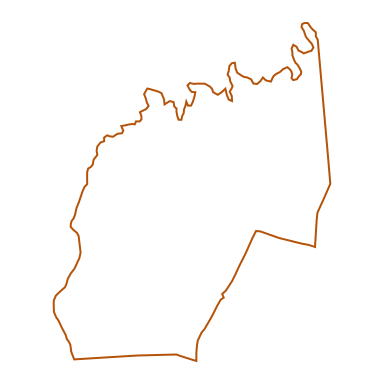 outline of Araguanã, Maranhão, Brazil
{"feature_id": "56859067B40620406351111", "entity_name": "Araguanã", "entity_type": "district", "adm_level": 2, "iso_a3": "BRA", "parent_name": "Brazil", "parent_adm1": "Maranhão", "projection": "robinson", "projection_center": [-45.784, -3.062], "detail": "fine", "context": "isolated", "style": "outline", "palette": "amber", "viewbox_px": 384, "rotation_deg": 0, "n_neighbors": 0, "source": "geoboundaries", "source_scale": "gbopen_adm2", "svg_char_len": 2548}
<svg xmlns="http://www.w3.org/2000/svg" viewBox="0 0 384 384"><path d="M317.7,39.6L315.9,36.6L315.8,32.2L313.3,30.1L311.0,27.7L307.8,23.0L304.2,23.1L302.0,24.2L301.5,27.1L303.8,30.7L305.9,36.8L308.2,39.7L311.8,43.9L313.4,47.5L311.4,50.8L308.7,51.6L303.7,53.4L301.5,51.9L298.5,50.6L296.6,46.8L293.3,44.8L291.6,48.5L292.4,52.2L292.4,55.2L294.0,59.7L295.4,62.7L297.6,64.8L299.7,68.4L301.3,71.7L300.8,74.4L298.6,76.6L296.9,79.2L293.2,80.1L291.5,78.0L292.3,74.5L291.2,71.1L289.5,69.0L287.4,67.2L283.1,69.1L280.0,72.0L276.1,74.0L273.7,75.9L272.4,78.3L270.9,81.6L265.9,80.4L262.9,77.5L260.4,81.1L257.1,84.0L253.3,83.5L251.2,79.4L247.2,77.5L243.5,76.8L237.3,72.8L235.7,68.9L234.8,62.7L231.9,63.2L229.4,66.0L228.8,70.6L227.6,74.7L229.7,77.7L230.2,81.2L232.6,86.1L231.5,88.8L229.7,91.6L231.8,96.1L232.0,101.0L228.7,99.6L226.7,94.6L225.4,88.7L221.9,92.0L217.8,94.8L213.1,92.2L212.2,89.1L210.1,86.7L204.8,83.7L201.4,83.7L197.8,83.6L193.7,83.9L189.9,83.0L187.5,85.3L189.6,89.5L191.7,91.9L195.3,92.2L194.5,96.5L192.9,101.6L191.1,105.6L188.0,105.6L186.3,101.6L185.5,105.6L184.0,109.5L183.7,113.1L182.2,116.0L181.4,119.8L178.6,119.7L177.5,116.7L176.5,111.8L176.5,108.6L174.3,106.5L173.5,102.0L169.7,101.1L164.6,104.4L164.0,99.3L161.5,93.2L158.4,91.6L150.9,89.4L147.4,88.5L145.9,90.9L144.1,94.2L145.7,98.1L146.9,102.6L148.6,105.9L146.2,109.0L142.2,111.0L139.9,112.2L141.3,115.7L141.5,119.2L139.8,121.4L136.0,121.4L134.8,124.3L132.2,124.0L128.9,124.5L124.8,125.4L121.3,126.1L123.3,130.7L121.9,133.3L117.7,133.7L115.5,135.0L113.2,136.7L109.5,136.3L107.2,135.3L104.1,137.6L104.2,141.2L100.5,142.5L97.4,146.4L96.6,150.5L97.3,155.0L93.6,159.7L92.8,164.5L90.8,167.0L88.2,168.5L87.2,171.9L87.1,176.2L87.2,184.1L84.6,186.8L82.6,191.2L78.8,202.4L76.5,208.0L75.0,214.9L73.6,218.5L71.7,220.8L70.8,223.9L70.7,227.0L73.7,230.2L77.0,232.9L78.6,235.9L80.6,252.5L79.4,258.0L74.5,268.6L70.8,273.4L67.8,278.8L66.4,284.1L65.0,287.2L60.0,291.6L55.9,295.6L53.8,300.4L53.7,306.6L54.0,312.1L56.1,317.1L58.8,321.1L61.5,327.0L65.9,335.4L66.7,338.7L68.8,341.7L70.3,344.7L71.3,352.0L74.2,359.4L109.5,357.2L137.6,355.5L176.4,354.5L179.6,355.7L188.0,358.4L190.9,359.3L196.3,361.0L196.4,352.5L197.0,345.1L197.8,340.5L201.6,332.5L204.5,329.1L212.0,316.2L217.2,305.8L220.7,299.7L223.7,297.6L222.2,294.0L225.8,290.7L229.4,285.2L232.0,281.2L235.6,274.0L237.4,270.0L239.4,265.7L245.7,253.2L252.3,238.4L256.0,231.0L260.3,231.4L279.4,238.1L301.6,243.6L308.6,244.9L315.0,247.0L316.7,219.5L317.5,212.5L324.0,198.3L330.3,183.9L328.3,160.0L317.7,39.6Z" fill="none" stroke="#b45309" stroke-width="2"/></svg>